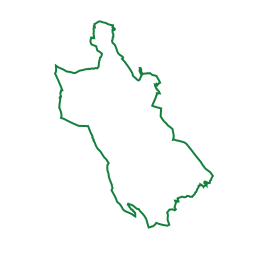 the district of Åmli nor, Aust-Agder, Norway, rotated 227°
{"feature_id": "86288312B47311775566626", "entity_name": "Åmli nor", "entity_type": "district", "adm_level": 2, "iso_a3": "NOR", "parent_name": "Norway", "parent_adm1": "Aust-Agder", "projection": "natural_earth1", "projection_center": [8.405, 58.8], "detail": "fine", "context": "isolated", "style": "outline", "palette": "green", "viewbox_px": 256, "rotation_deg": 227, "n_neighbors": 0, "source": "geoboundaries", "source_scale": "gbopen_adm2", "svg_char_len": 5692}
<svg xmlns="http://www.w3.org/2000/svg" viewBox="0 0 256 256"><g transform="rotate(227 128 128)"><path d="M226.9,174.4L226.5,174.0L226.2,173.9L225.6,173.2L224.5,172.5L225.4,172.2L224.5,171.4L224.3,170.8L224.0,170.3L223.4,170.0L222.4,169.3L220.3,166.9L219.0,166.2L217.5,165.0L216.9,164.6L217.7,164.2L217.5,163.7L217.8,163.4L218.1,163.2L218.9,163.2L219.3,162.8L217.3,160.0L217.0,159.6L215.8,158.9L214.2,158.3L212.2,159.1L209.5,160.5L208.2,159.7L207.5,159.5L205.6,158.4L204.8,158.7L202.7,159.3L200.4,159.6L199.9,159.5L199.8,159.2L199.6,159.0L198.5,157.1L198.3,156.3L198.6,155.6L198.2,155.2L196.9,153.3L196.7,152.9L195.1,150.7L193.1,148.6L192.9,148.2L192.6,146.2L193.0,146.0L194.2,144.9L194.5,143.7L195.2,142.9L195.8,142.6L197.0,140.7L197.4,140.3L197.8,139.5L198.4,139.3L198.7,138.6L200.3,136.3L201.1,134.6L202.7,132.1L203.2,131.0L203.7,128.6L204.4,126.5L205.3,125.9L205.7,125.5L207.2,124.7L208.0,124.1L209.0,123.5L209.9,122.7L211.4,121.6L214.5,120.7L215.4,120.4L219.7,118.5L222.8,117.8L219.7,115.3L218.2,113.5L218.0,113.0L217.8,112.0L217.3,111.7L215.9,111.3L209.8,109.3L209.2,109.0L204.7,107.4L200.4,105.7L201.0,105.0L201.1,104.6L200.3,103.8L200.2,103.1L199.9,102.6L199.2,102.0L197.6,100.9L197.0,100.7L196.6,100.4L196.4,99.9L197.0,99.4L196.7,98.6L196.1,98.4L195.5,98.3L195.3,98.2L191.7,93.6L190.4,92.4L189.8,91.6L189.5,91.4L188.6,91.3L188.1,91.0L186.1,90.2L183.8,88.9L182.2,87.7L181.1,85.9L178.5,87.3L170.8,90.1L163.2,93.4L156.6,100.1L149.1,97.1L148.0,97.0L145.9,96.3L145.7,96.1L145.5,95.8L145.4,95.4L144.7,95.3L144.4,95.3L143.6,95.0L142.8,94.9L142.5,94.7L142.6,94.3L142.5,94.2L140.2,93.8L137.3,92.6L135.3,92.0L133.5,91.7L129.5,91.8L123.0,90.6L120.3,90.7L119.5,90.7L115.4,89.8L115.4,89.3L115.1,88.5L115.0,88.1L115.0,87.8L114.8,87.5L114.2,86.8L112.0,84.9L111.4,84.3L109.6,83.4L107.8,82.6L105.4,80.7L102.6,79.4L97.4,77.4L97.0,77.0L94.6,75.7L93.8,73.7L93.7,73.5L86.8,71.8L84.1,70.9L81.6,69.7L79.4,69.9L78.8,70.1L77.2,70.0L75.3,69.7L72.1,68.9L70.2,68.9L69.6,69.2L67.6,69.8L66.1,70.6L62.9,71.9L61.6,72.3L60.1,72.5L58.4,73.0L60.8,75.2L61.4,75.3L62.0,75.2L62.4,75.4L62.8,75.3L63.6,75.1L63.8,75.1L63.8,75.3L64.0,75.4L65.2,75.5L65.5,75.4L66.1,74.9L66.7,74.8L66.9,74.9L66.9,75.0L67.9,75.1L68.8,75.3L69.4,75.2L69.6,75.4L71.2,75.6L71.6,75.8L72.1,75.6L72.5,76.5L71.7,76.8L68.9,78.4L66.9,78.9L65.6,79.0L63.5,79.3L62.8,79.4L62.2,79.8L61.4,80.5L59.5,80.2L58.0,80.1L55.5,80.2L53.6,80.1L52.4,80.0L49.7,79.4L48.6,79.0L47.7,78.7L47.2,78.3L41.1,75.3L39.9,77.6L39.8,78.3L39.2,78.9L38.9,81.5L38.9,81.9L39.4,83.9L37.8,84.7L35.2,86.2L32.6,87.9L32.2,88.3L29.7,90.1L29.1,92.2L33.8,94.3L37.3,98.0L39.5,99.0L40.0,102.7L38.0,105.2L35.9,106.1L35.9,107.5L38.3,108.0L40.6,112.0L42.8,112.9L42.1,113.6L41.2,113.6L40.4,113.8L39.8,114.8L40.8,115.4L42.7,116.2L42.7,116.6L42.6,116.9L41.3,119.6L40.8,120.9L39.2,121.7L38.5,122.5L38.0,123.6L38.1,124.8L36.8,126.0L34.9,126.8L34.5,127.7L33.9,128.0L34.1,129.4L34.2,130.8L34.2,131.8L34.5,132.4L35.0,133.3L35.0,133.5L34.7,134.1L35.3,135.6L36.3,137.4L36.3,138.4L36.5,138.9L37.5,140.2L37.1,140.4L37.2,140.9L37.0,141.2L37.0,141.6L36.7,141.9L37.3,142.0L37.4,142.3L37.6,142.5L37.2,142.6L36.5,142.6L36.3,142.9L36.0,143.0L34.9,143.2L34.6,143.3L34.0,143.3L33.4,143.0L33.5,145.9L32.7,146.0L32.9,146.1L33.0,146.5L33.0,146.8L32.9,147.0L33.2,147.2L33.5,147.1L33.8,146.7L34.1,146.6L34.6,146.6L35.0,146.4L35.5,146.3L36.0,146.6L36.0,146.8L36.3,147.0L36.5,147.6L36.3,147.8L32.6,149.4L32.0,150.2L32.1,150.4L33.1,151.5L33.5,152.3L33.4,152.9L33.4,153.4L33.9,153.9L34.2,154.5L35.1,157.4L39.5,158.0L45.4,156.9L50.5,157.4L53.5,158.1L60.2,158.5L69.4,159.4L76.4,159.9L78.4,159.6L80.3,158.7L85.2,155.6L86.1,154.8L87.9,154.0L88.3,153.7L88.7,152.9L89.5,154.2L90.6,155.7L91.0,156.1L97.0,159.9L103.0,158.9L104.3,159.1L109.2,158.9L114.0,159.7L114.9,160.5L117.4,163.1L117.5,163.3L118.2,163.9L119.7,165.6L124.3,162.7L127.7,160.9L128.2,161.7L128.7,162.8L128.8,163.3L129.4,164.3L129.6,165.1L129.6,165.4L130.4,166.5L130.3,166.8L130.8,167.9L131.9,170.0L132.4,170.8L132.6,171.7L133.8,172.8L131.6,174.8L133.6,175.5L135.6,175.5L136.1,175.4L136.4,175.7L137.0,175.6L137.7,175.6L138.0,175.7L138.4,176.0L139.4,176.2L140.0,176.6L140.3,176.6L141.2,177.2L141.4,177.3L141.2,177.4L141.1,177.8L140.9,178.2L140.8,178.3L140.8,178.5L140.8,178.9L140.2,178.7L139.3,178.5L139.4,178.8L139.4,179.1L139.6,179.4L139.6,179.9L139.5,180.1L139.7,180.7L139.7,180.9L139.4,181.4L139.7,182.0L139.4,182.4L140.8,182.9L146.7,184.3L150.2,182.0L153.0,181.5L153.0,181.3L153.5,180.9L154.1,180.1L154.8,179.7L155.0,179.0L155.2,178.7L156.8,176.9L157.1,176.3L157.6,175.5L157.8,175.4L158.2,175.5L159.5,176.0L160.0,176.1L160.5,176.3L161.2,176.9L161.6,177.2L161.6,177.4L162.0,177.6L162.5,177.9L162.8,177.9L162.9,178.0L163.6,177.8L163.8,177.6L163.5,177.5L163.4,177.4L163.2,177.4L162.4,176.9L162.5,176.5L162.7,176.4L162.1,175.6L161.8,175.3L158.1,174.1L157.2,173.9L157.1,173.3L156.8,172.9L156.7,172.3L156.1,171.0L155.9,170.5L155.4,169.6L155.4,169.1L155.6,168.2L155.9,167.9L156.1,167.8L162.8,167.2L164.7,168.3L165.7,168.7L169.4,169.5L174.6,170.3L176.0,170.4L177.9,170.7L182.7,170.8L182.6,171.9L182.7,172.4L183.2,172.6L183.9,172.6L185.1,172.4L187.3,171.8L189.4,171.8L191.6,172.5L192.2,172.6L192.6,173.1L197.5,175.0L198.5,175.1L200.5,174.8L201.3,175.0L202.3,175.7L202.7,175.8L202.9,176.0L203.1,176.7L204.0,178.0L204.8,178.7L204.6,179.4L204.6,179.5L205.8,180.3L206.4,181.2L206.8,181.4L207.6,181.5L208.3,181.8L210.4,183.6L210.5,183.8L209.2,184.4L209.2,184.7L209.0,185.2L209.1,185.4L209.2,185.8L209.5,185.9L210.1,186.0L212.2,185.3L212.6,185.6L212.6,186.3L212.7,186.5L213.3,187.1L213.6,186.8L215.2,185.6L216.0,185.2L217.1,184.4L219.2,183.7L220.9,182.8L222.9,181.4L224.0,180.9L225.2,180.2L226.0,178.7L226.4,175.9L226.9,174.4Z" fill="none" stroke="#15803d" stroke-width="2"/></g></svg>